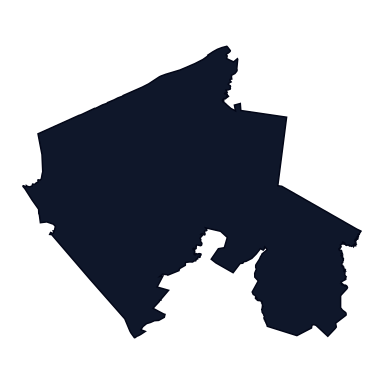 outline of Palsmanes pag., Smiltenes, Latvia
{"feature_id": "27541924B2832200646893", "entity_name": "Palsmanes pag.", "entity_type": "district", "adm_level": 2, "iso_a3": "LVA", "parent_name": "Latvia", "parent_adm1": "Smiltenes", "projection": "orthographic", "projection_center": [26.198, 57.386], "detail": "fine", "context": "isolated", "style": "filled", "palette": "ink", "viewbox_px": 384, "rotation_deg": 0, "n_neighbors": 0, "source": "geoboundaries", "source_scale": "gbopen_adm2", "svg_char_len": 5988}
<svg xmlns="http://www.w3.org/2000/svg" viewBox="0 0 384 384"><path d="M38.0,133.8L42.0,154.6L42.7,171.1L42.9,171.1L42.1,174.3L41.3,179.0L40.4,179.7L40.2,180.2L38.5,179.8L38.0,179.9L37.9,180.5L38.1,181.7L37.9,182.2L36.2,182.9L35.1,184.1L34.2,184.3L32.6,184.1L32.0,186.3L31.3,186.2L29.7,187.0L28.9,186.6L27.8,186.6L26.4,185.6L26.4,186.5L25.9,186.7L23.4,185.7L23.1,185.8L23.0,186.5L24.7,188.4L32.3,200.3L38.6,209.2L38.8,213.4L39.4,215.1L40.4,222.7L46.8,221.9L53.4,224.2L55.4,226.4L54.3,230.9L53.2,230.9L53.8,232.3L53.3,233.3L52.9,233.4L50.6,232.5L49.7,234.4L51.9,234.6L52.1,235.1L89.6,278.8L124.8,318.8L129.9,331.0L131.0,333.0L134.4,337.7L135.1,337.6L137.1,336.1L137.9,335.9L140.6,334.5L145.3,331.4L140.9,329.7L142.9,326.6L146.6,323.6L150.6,322.4L154.4,320.7L158.7,320.4L164.3,317.3L165.0,314.4L163.7,314.0L153.0,308.3L159.4,301.4L159.5,300.2L160.9,300.2L161.1,299.1L168.6,290.3L157.1,287.0L162.9,276.0L159.8,276.5L162.6,274.1L168.1,274.8L168.1,275.0L179.0,270.6L179.2,269.5L179.9,268.4L185.3,265.3L185.4,262.7L185.6,262.4L189.8,261.9L192.6,262.0L194.2,260.9L195.7,260.8L196.4,259.1L197.7,258.9L197.8,257.2L198.0,257.0L198.6,256.9L199.4,257.4L200.0,257.2L200.3,255.7L201.0,254.9L201.0,254.2L200.8,253.9L199.1,253.6L197.1,254.1L195.9,253.5L195.5,253.9L195.5,254.8L194.4,254.7L194.1,254.3L194.0,253.7L194.8,251.8L194.4,250.8L194.8,249.7L193.2,249.7L192.9,248.8L193.1,248.4L193.4,248.2L195.5,248.8L196.0,248.6L196.2,248.1L196.0,246.4L196.3,246.3L196.5,245.1L196.9,244.9L200.6,245.7L201.5,245.2L201.9,243.7L201.7,242.9L200.6,241.4L200.6,240.6L200.8,239.6L200.7,239.2L199.9,238.6L199.9,238.2L202.5,235.3L202.0,234.9L201.0,234.9L200.6,234.4L201.2,233.8L202.6,233.5L203.2,233.7L203.4,234.2L204.4,234.9L204.9,234.7L205.0,233.8L204.4,232.0L204.5,231.1L206.3,230.7L206.9,230.1L205.5,227.8L220.6,231.3L227.3,237.4L224.3,247.7L218.4,248.7L211.2,259.2L215.9,262.9L233.1,272.7L240.1,263.5L242.8,263.2L243.7,261.8L246.1,261.3L251.8,258.4L256.1,254.1L260.4,248.6L263.2,250.1L264.4,248.7L264.5,247.4L264.8,246.8L267.1,249.4L267.0,249.9L262.0,254.0L261.7,255.0L260.5,256.8L259.6,259.0L255.9,264.8L255.7,265.6L255.7,267.5L256.3,268.9L256.2,269.9L255.9,270.2L254.7,273.3L254.8,277.1L258.3,280.9L252.2,292.0L253.3,294.5L254.8,295.2L256.1,297.0L255.8,297.0L255.4,298.1L255.5,298.3L256.0,297.9L256.7,298.1L256.5,299.2L257.2,299.4L257.2,300.1L258.2,300.6L259.5,300.3L259.7,300.6L260.0,300.5L260.5,301.0L261.9,301.3L261.8,301.8L262.1,302.4L261.6,302.9L262.4,303.8L262.3,304.9L262.7,306.0L262.5,306.3L262.8,306.6L262.4,306.8L262.2,307.3L262.5,307.8L262.4,308.4L261.8,309.0L261.7,309.6L262.1,310.8L262.1,312.0L262.8,313.2L263.4,313.8L263.7,315.1L264.5,316.2L263.9,318.0L264.2,318.4L264.2,318.9L264.6,319.2L264.5,319.8L265.3,320.3L265.2,320.7L265.4,320.9L265.2,321.2L265.8,322.0L265.9,322.8L266.2,323.1L267.2,325.7L267.3,326.3L296.9,335.6L311.5,328.0L311.9,325.2L313.8,324.6L316.0,325.3L327.8,336.3L335.2,328.5L336.3,327.0L335.6,323.2L346.0,315.2L346.1,314.8L346.1,313.8L345.7,312.6L342.4,310.1L340.6,307.7L340.6,296.1L341.0,295.2L346.8,288.9L347.5,287.7L347.2,286.7L346.7,286.0L346.5,286.4L346.2,286.3L345.5,285.4L345.1,285.5L344.7,286.0L344.4,285.7L344.5,285.1L343.8,285.3L343.5,285.3L343.3,284.7L342.6,284.9L342.3,284.4L342.0,284.5L342.3,283.8L341.6,283.7L341.5,283.0L341.0,282.9L341.4,282.5L341.0,282.0L345.7,279.4L345.5,278.9L344.8,278.7L344.8,278.4L345.8,278.1L345.7,277.5L346.2,276.8L345.5,276.1L344.7,274.8L345.0,272.0L344.1,271.6L344.4,271.0L344.4,270.4L345.3,270.7L345.0,270.1L344.4,270.0L345.1,269.4L343.5,268.5L343.8,267.7L343.4,267.1L343.5,266.9L343.1,266.7L342.9,266.1L342.4,266.6L341.7,265.7L342.0,265.4L341.8,263.2L342.7,262.5L342.9,260.7L343.3,260.4L343.4,258.5L343.1,258.3L342.8,258.8L342.6,258.6L342.8,257.7L342.1,257.3L342.5,256.6L341.6,256.1L342.4,255.7L342.6,255.2L341.3,255.2L342.4,253.6L342.3,253.2L342.0,252.9L341.6,253.3L341.2,253.2L341.8,252.4L341.6,250.9L341.2,250.4L339.8,250.5L339.4,250.2L339.1,249.8L339.0,248.9L339.9,248.8L340.1,248.6L339.9,247.8L341.1,246.9L341.1,246.7L340.6,246.1L340.7,245.6L340.4,245.1L340.9,244.9L341.6,244.0L342.7,244.0L342.4,242.7L342.9,241.9L343.7,242.5L343.7,243.2L344.3,243.2L344.5,242.8L344.8,243.0L345.0,243.5L344.6,243.7L344.4,244.2L345.5,244.4L345.9,245.2L346.5,245.4L347.9,245.0L348.8,245.3L349.1,245.0L349.5,245.4L349.5,246.0L350.7,246.0L351.8,246.4L352.3,245.8L353.0,246.0L353.2,245.6L353.6,246.6L354.1,245.8L354.8,245.7L354.7,245.2L353.7,244.8L354.5,244.0L355.7,245.4L355.9,244.5L356.3,244.2L355.8,243.5L355.8,242.9L355.3,243.0L355.8,242.2L354.9,241.2L355.7,240.8L355.7,240.1L355.1,239.9L355.1,239.4L355.5,239.2L356.3,240.0L356.6,239.2L357.1,239.2L356.8,238.3L357.8,238.7L358.0,238.0L357.2,236.6L357.6,236.3L358.4,236.5L358.5,235.1L358.1,234.9L358.2,234.3L359.3,234.3L359.5,233.4L360.2,232.4L360.1,232.0L360.9,231.5L361.0,231.1L356.8,229.1L281.8,186.3L277.8,185.7L286.6,117.2L240.8,110.5L240.3,103.5L234.4,105.1L235.5,110.9L230.8,108.4L226.1,104.3L225.6,103.6L222.7,101.7L222.6,101.3L223.4,101.8L223.7,101.5L222.7,100.4L223.1,99.8L222.8,99.6L223.0,99.3L223.7,99.6L223.6,99.1L224.0,98.4L225.0,98.9L225.5,98.7L226.7,97.6L226.4,97.0L226.7,96.6L227.0,96.6L227.5,97.1L228.5,96.3L228.2,95.9L227.1,95.5L227.0,95.3L227.3,94.4L226.8,93.8L224.9,94.0L224.6,93.6L225.0,93.1L226.6,92.9L227.2,92.4L226.2,90.7L226.0,90.0L226.1,89.8L227.7,90.0L230.2,89.1L230.4,88.5L230.1,87.7L230.5,86.4L230.3,85.8L228.4,84.5L228.2,84.1L229.3,82.9L231.1,81.9L229.9,80.4L229.9,79.5L231.7,79.0L231.5,78.6L231.7,78.4L231.5,77.3L231.5,75.3L234.9,73.5L236.7,71.3L237.1,70.1L236.8,68.7L237.7,59.3L237.4,58.7L233.6,61.9L226.6,58.6L227.2,55.9L226.1,54.9L227.4,53.3L228.2,53.1L229.6,51.9L230.1,51.4L230.3,50.6L227.6,47.1L226.8,46.3L221.9,47.6L217.4,49.3L212.9,51.8L207.9,55.1L208.4,55.6L202.9,59.5L194.9,63.6L180.0,70.0L165.7,74.3L161.1,76.0L159.4,76.8L148.6,83.9L142.3,87.1L123.2,95.5L123.4,95.9L117.9,97.9L114.0,99.9L107.5,102.6L107.6,103.1L102.5,104.9L95.2,108.5L94.8,108.3L94.0,108.6L82.0,114.3L79.2,115.5L79.1,115.3L38.0,133.8Z" fill="#0f172a" stroke="#020617" stroke-width="1.5"/></svg>